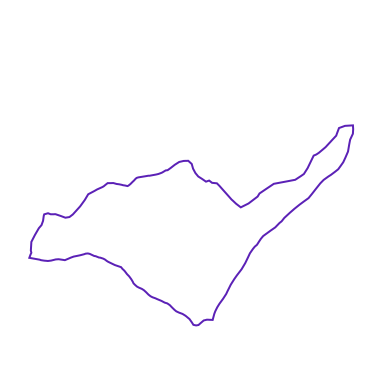 outline of Chhali, Mongar, Bhutan, rotated 205°
{"feature_id": "84629894B6753037066473", "entity_name": "Chhali", "entity_type": "district", "adm_level": 2, "iso_a3": "BTN", "parent_name": "Bhutan", "parent_adm1": "Mongar", "projection": "equal_earth", "projection_center": [91.234, 27.295], "detail": "fine", "context": "isolated", "style": "outline", "palette": "violet", "viewbox_px": 384, "rotation_deg": 205, "n_neighbors": 0, "source": "geoboundaries", "source_scale": "gbopen_adm2", "svg_char_len": 2652}
<svg xmlns="http://www.w3.org/2000/svg" viewBox="0 0 384 384"><g transform="rotate(205 192 192)"><path d="M316.5,109.3L316.3,107.8L314.8,102.9L314.4,98.4L315.5,94.5L316.2,86.6L316.5,78.9L313.3,70.8L311.9,69.0L311.9,67.0L311.6,63.6L301.4,66.3L300.1,66.4L297.0,67.3L293.4,68.6L290.7,70.3L287.0,73.3L284.5,74.7L279.5,76.2L278.4,76.5L275.6,79.6L274.2,81.2L271.9,83.5L269.3,85.4L266.5,87.5L264.7,89.0L263.5,90.0L262.3,91.2L260.4,92.3L258.5,92.7L257.2,92.7L253.5,92.7L252.2,93.1L248.6,93.3L247.5,93.7L244.2,94.1L242.3,94.0L240.1,93.5L238.4,93.3L231.0,93.2L224.5,93.9L222.5,92.9L220.9,92.4L219.4,91.8L216.2,90.1L213.3,89.0L210.2,87.3L207.7,85.6L206.4,84.5L204.2,83.7L201.8,83.0L199.7,82.9L196.6,83.0L194.2,82.7L191.3,81.8L188.1,80.6L185.5,80.0L183.3,79.9L180.2,80.2L178.6,80.2L173.6,80.4L170.0,80.2L167.3,80.6L164.3,80.1L161.5,79.0L158.1,77.8L155.8,77.2L152.7,77.2L149.1,77.5L145.6,77.1L140.6,75.8L137.1,73.8L134.6,72.2L131.9,72.8L129.9,74.2L128.7,77.0L127.1,80.5L124.5,82.6L119.2,84.8L120.3,91.0L120.5,93.7L120.4,98.1L119.9,102.3L118.7,108.4L117.9,114.1L117.9,116.8L117.7,124.4L116.9,130.8L116.1,135.3L115.8,136.7L114.4,143.0L113.7,150.0L113.6,156.8L113.6,161.0L112.7,166.2L112.0,169.0L110.8,171.6L110.3,175.4L109.8,178.7L108.9,182.1L107.6,184.5L104.4,190.3L101.6,195.1L99.6,200.9L98.4,203.3L97.4,207.5L94.5,214.6L92.1,220.0L89.1,226.1L86.6,230.7L83.8,235.7L82.5,240.8L81.1,246.9L79.4,254.0L77.8,258.6L75.0,263.6L73.3,266.3L70.9,270.8L69.1,274.4L68.5,277.4L67.5,282.9L67.5,288.1L67.7,294.6L69.6,301.5L70.8,306.3L70.8,312.8L72.5,317.1L74.3,320.4L81.3,316.6L85.8,312.1L85.3,305.8L85.1,304.0L85.7,302.2L86.8,298.8L89.9,289.1L90.4,288.0L93.6,281.1L95.2,278.5L97.1,276.4L97.2,269.6L97.3,262.5L98.2,255.6L100.0,252.5L103.6,246.7L109.0,242.8L112.2,240.5L117.1,237.0L121.3,234.0L126.2,225.9L130.2,219.2L130.6,215.6L132.7,211.6L135.9,205.5L141.3,198.7L147.1,200.0L151.0,201.3L153.0,201.9L156.4,203.4L164.3,206.8L169.6,209.1L173.1,210.4L177.7,208.8L181.3,209.6L183.7,207.3L188.3,208.1L192.9,208.7L196.9,210.6L200.9,213.6L204.1,217.3L208.6,218.7L210.1,217.9L212.6,216.7L216.3,213.8L219.1,209.4L221.4,204.9L223.3,201.5L225.0,200.4L227.2,197.1L228.2,196.0L230.1,194.1L232.0,192.6L237.5,188.7L238.6,188.2L240.0,187.2L246.9,182.5L248.1,181.4L248.7,180.2L249.4,177.9L250.2,175.9L251.2,173.1L252.3,170.9L253.0,170.1L255.4,169.6L257.4,169.0L258.8,168.8L260.0,168.5L261.3,168.2L263.8,167.4L267.0,166.9L270.2,165.3L272.2,164.4L273.4,162.0L274.4,159.9L275.3,158.6L279.1,154.2L281.0,151.5L285.1,146.1L285.8,139.4L287.3,131.7L290.5,121.3L292.5,117.5L295.9,115.2L300.9,114.8L306.3,114.2L310.6,112.1L313.5,111.9L316.5,109.3Z" fill="none" stroke="#5b21b6" stroke-width="2"/></g></svg>